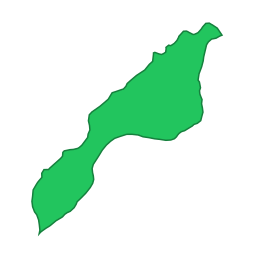 outline of Saqulta, Suhaj, Egypt, rotated 264°
{"feature_id": "37247803B11540085647408", "entity_name": "Saqulta", "entity_type": "district", "adm_level": 2, "iso_a3": "EGY", "parent_name": "Egypt", "parent_adm1": "Suhaj", "projection": "natural_earth1", "projection_center": [31.659, 26.692], "detail": "fine", "context": "isolated", "style": "filled", "palette": "green", "viewbox_px": 256, "rotation_deg": 264, "n_neighbors": 0, "source": "geoboundaries", "source_scale": "gbopen_adm2", "svg_char_len": 2130}
<svg xmlns="http://www.w3.org/2000/svg" viewBox="0 0 256 256"><g transform="rotate(264 128 128)"><path d="M200.0,161.2L198.9,161.1L191.7,159.5L189.1,155.9L183.9,150.7L179.7,142.6L179.4,142.0L174.9,135.4L172.3,131.8L169.7,130.3L167.1,127.4L167.1,126.6L165.4,119.3L165.3,118.8L164.7,115.9L158.7,111.4L152.5,102.4L147.8,93.9L145.2,90.9L139.3,89.4L134.6,90.0L130.0,89.9L126.1,87.7L122.8,86.9L118.8,83.2L115.6,80.2L113.6,77.3L113.0,75.9L112.4,71.5L112.5,68.0L111.9,62.2L110.6,60.7L106.7,59.9L104.7,57.7L96.3,46.0L95.0,44.6L95.4,40.1L92.0,37.5L87.9,37.2L85.2,34.3L83.4,32.5L81.1,30.7L76.3,27.2L70.2,26.0L65.1,24.8L59.7,24.9L54.4,26.3L51.2,28.2L45.9,29.5L41.1,29.7L35.6,29.7L32.1,28.6L33.5,30.1L35.0,32.5L37.1,36.3L38.3,38.9L39.2,40.6L41.2,43.6L43.3,46.7L45.6,51.8L46.5,53.6L48.8,56.1L50.3,58.9L50.5,59.7L51.2,61.8L54.4,66.1L57.5,68.4L60.0,69.7L62.5,73.0L67.5,79.1L72.7,84.2L76.7,87.1L80.4,88.5L84.0,88.5L87.3,88.1L91.5,88.1L95.5,89.7L102.2,95.1L104.9,97.2L108.6,100.0L113.3,104.7L116.6,109.2L119.1,113.6L120.4,119.0L121.8,125.7L121.8,126.6L121.3,131.4L120.0,137.4L117.7,142.0L116.2,147.9L114.5,153.3L113.4,158.4L111.8,164.4L111.6,169.3L112.5,173.1L114.2,175.3L115.9,176.7L117.3,178.2L118.7,180.6L119.0,181.8L119.4,184.0L121.7,188.8L123.3,192.2L123.4,192.3L124.7,194.0L125.4,197.4L127.7,201.1L132.6,202.9L135.9,204.2L140.3,204.1L144.2,203.7L144.3,203.7L144.5,203.7L148.5,204.6L151.2,203.8L154.3,203.0L155.7,203.0L155.8,203.0L157.6,203.0L160.4,204.3L166.3,203.8L168.3,202.7L174.5,204.3L175.9,205.0L177.9,206.0L181.1,207.6L186.9,209.8L190.8,210.7L198.5,213.4L202.5,214.8L205.2,216.9L207.7,220.4L208.1,224.9L209.8,228.8L210.5,231.2L218.0,227.2L221.6,222.8L221.9,222.4L222.2,221.9L223.8,219.8L223.9,216.3L222.6,214.9L221.9,214.1L220.6,212.7L218.7,211.2L216.7,209.0L215.4,207.5L214.2,203.9L214.2,203.2L214.2,202.5L217.0,198.2L217.6,197.5L218.3,196.1L218.4,193.2L217.7,192.5L213.8,188.1L213.2,188.0L209.9,185.8L207.3,182.9L205.4,179.2L206.1,177.1L204.2,174.2L202.8,174.2L199.5,173.4L198.3,171.2L197.6,169.0L198.3,166.9L199.0,165.4L199.7,164.0L200.4,162.6L200.1,161.6L200.0,161.2Z" fill="#22c55e" stroke="#15803d" stroke-width="1.5"/></g></svg>